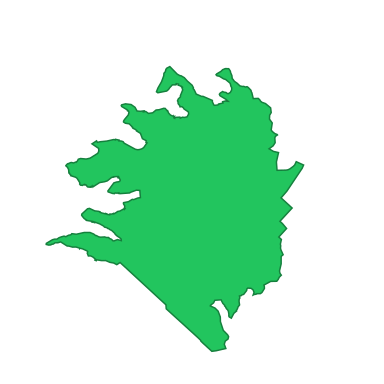 the district of North Sydney, New South Wales, Australia, rotated 123°
{"feature_id": "25037944B70017345976481", "entity_name": "North Sydney", "entity_type": "district", "adm_level": 2, "iso_a3": "AUS", "parent_name": "Australia", "parent_adm1": "New South Wales", "projection": "mercator", "projection_center": [151.213, -33.834], "detail": "fine", "context": "isolated", "style": "filled", "palette": "green", "viewbox_px": 384, "rotation_deg": 123, "n_neighbors": 0, "source": "geoboundaries", "source_scale": "gbopen_adm2", "svg_char_len": 6041}
<svg xmlns="http://www.w3.org/2000/svg" viewBox="0 0 384 384"><g transform="rotate(123 192 192)"><path d="M77.4,187.4L80.3,191.5L76.1,195.9L75.6,196.9L74.6,197.9L73.7,201.7L73.7,203.2L74.9,204.4L75.2,206.1L76.1,207.3L76.9,209.6L76.2,213.3L76.1,216.7L75.1,219.3L75.1,219.9L72.6,222.0L70.8,224.7L69.8,225.6L69.0,227.3L68.6,228.4L70.4,231.3L72.7,232.9L75.0,233.4L79.5,235.6L80.6,235.7L80.9,234.3L80.0,232.1L79.9,227.1L79.3,225.1L79.9,220.0L80.2,219.0L82.1,217.0L82.9,215.5L84.9,214.3L87.7,214.1L89.6,215.0L90.2,216.1L90.0,217.7L91.0,219.9L91.0,221.0L93.6,222.2L95.1,222.3L96.0,221.0L95.8,213.9L96.3,211.1L97.0,212.3L96.8,212.9L99.6,215.5L100.5,214.5L103.7,217.6L104.0,217.3L105.2,218.0L107.1,220.4L107.1,221.1L105.3,224.0L104.1,224.8L105.8,234.9L106.6,236.0L107.5,241.4L107.7,241.6L105.1,245.8L104.7,247.3L103.8,247.6L102.4,250.0L101.5,256.3L100.3,260.7L100.5,264.7L101.0,265.4L101.2,268.6L98.9,278.9L101.9,280.6L103.3,280.7L105.7,279.9L107.7,280.2L109.9,279.0L116.1,277.6L123.4,277.2L127.3,276.4L127.4,274.7L121.1,268.2L118.7,267.5L116.7,267.5L112.8,266.8L110.9,263.9L110.3,264.2L110.2,263.9L110.7,263.6L109.6,264.0L108.9,262.1L109.9,261.8L109.3,259.4L109.5,258.4L109.1,258.3L109.3,257.1L110.0,257.2L111.4,255.4L117.6,254.2L118.5,253.5L121.4,254.2L123.5,253.8L123.8,253.0L125.5,251.7L126.3,249.2L127.1,248.5L125.9,246.8L126.1,245.1L126.7,244.0L126.8,238.7L128.4,237.3L131.7,237.1L133.6,239.0L134.5,240.8L136.5,242.1L135.8,242.9L138.7,246.9L139.6,246.6L139.7,247.5L138.4,247.9L139.0,248.2L138.4,249.1L138.7,249.1L139.2,251.9L138.6,254.5L137.3,256.4L137.6,256.4L136.5,260.0L137.2,261.3L140.9,264.4L142.8,266.8L147.0,268.1L149.8,271.3L149.7,274.5L150.2,275.9L150.8,275.8L151.2,276.4L150.2,276.6L152.4,279.2L154.0,282.2L152.0,285.9L151.8,290.7L154.3,295.8L157.1,298.4L157.9,298.5L158.6,297.6L158.4,291.2L159.0,290.4L158.6,290.2L158.7,289.4L159.6,288.2L162.2,287.4L168.0,288.1L169.9,288.0L170.6,287.5L170.6,285.3L169.0,281.7L170.1,277.0L170.4,277.0L170.7,276.2L170.4,273.9L170.6,271.6L171.0,271.6L170.9,267.2L174.3,262.6L173.9,258.3L175.5,257.6L175.3,256.5L181.1,256.7L183.3,257.7L185.0,259.2L186.1,260.5L187.0,262.7L188.0,275.4L187.3,277.2L187.7,278.8L188.9,281.2L188.2,281.4L189.5,284.9L190.1,284.7L190.7,286.3L195.7,291.2L199.8,296.3L201.9,298.4L201.1,299.9L206.1,302.1L206.3,294.0L208.6,292.4L210.9,292.1L219.1,295.9L222.0,298.7L224.6,303.7L226.4,305.2L228.5,305.0L230.0,305.3L229.9,305.6L232.2,307.2L232.9,309.2L233.8,310.1L235.5,310.9L235.5,311.3L236.3,311.8L238.5,312.2L238.8,311.9L239.1,309.9L240.4,307.7L243.1,305.6L242.8,305.2L243.7,303.9L243.9,302.4L244.3,302.4L243.0,297.6L243.1,295.9L245.0,291.8L245.7,290.8L246.5,290.6L247.0,289.3L246.1,287.4L244.5,286.6L244.5,285.7L244.0,285.8L243.8,284.3L244.5,283.0L244.4,282.2L245.1,281.9L244.4,282.0L243.4,279.9L243.1,279.6L242.8,280.0L242.0,279.3L242.2,278.7L241.7,278.8L242.1,278.3L241.6,278.6L241.0,278.1L241.3,277.7L234.4,274.6L231.0,270.9L228.8,269.1L223.5,267.3L222.2,265.8L221.9,266.1L219.3,262.5L220.3,262.0L220.4,261.7L219.4,261.5L221.0,258.7L221.7,258.4L223.2,258.9L224.7,260.7L226.9,262.5L237.0,263.1L237.6,262.4L236.5,257.9L235.6,256.1L234.7,256.0L233.9,254.4L232.6,253.0L233.2,252.8L232.6,251.5L226.7,243.7L225.9,243.5L220.7,239.6L219.1,236.6L224.8,232.2L226.7,234.3L230.1,236.7L230.7,238.1L234.7,240.0L238.2,243.6L239.2,243.1L240.4,240.7L242.2,240.0L242.2,239.1L242.7,239.1L243.7,239.3L243.6,240.2L247.1,242.0L249.1,244.0L249.7,244.0L252.9,245.6L252.6,246.1L254.2,247.2L255.2,248.9L255.9,248.6L257.0,251.0L256.7,251.2L257.0,252.7L257.4,252.6L258.7,256.2L259.1,258.1L258.7,258.3L259.0,259.6L260.8,263.3L261.6,269.1L263.0,270.5L270.5,272.4L271.6,271.9L272.2,270.5L273.0,267.9L273.0,265.4L273.3,265.4L273.3,265.0L271.0,259.8L271.7,259.7L271.4,258.8L270.6,258.8L270.3,257.2L270.8,257.2L270.7,256.8L270.1,256.8L269.0,252.0L268.7,247.6L269.1,246.3L268.3,244.0L268.5,242.8L268.0,241.9L268.3,241.0L268.0,238.3L268.7,234.4L269.3,233.3L269.7,231.0L269.7,227.8L270.1,225.7L271.3,224.8L272.5,228.6L275.4,230.7L276.0,231.6L275.5,233.8L275.9,235.7L275.6,237.2L276.9,239.3L277.2,240.7L279.7,244.1L280.4,245.8L280.6,248.5L281.0,249.0L280.8,251.5L281.5,255.5L284.6,260.3L290.4,266.0L292.4,270.1L293.9,270.3L295.5,272.0L298.2,273.5L298.7,275.3L300.6,277.0L302.7,278.6L305.1,279.6L306.4,281.6L308.1,283.1L314.4,286.2L315.4,285.7L314.6,283.3L313.2,281.5L312.6,281.5L311.1,279.9L309.2,279.2L307.6,276.8L305.4,275.0L305.3,267.3L304.5,266.0L303.3,262.2L301.3,259.3L300.3,255.6L300.6,255.4L300.2,255.3L299.3,252.9L298.6,248.1L298.8,247.0L300.4,246.5L302.1,244.1L300.8,242.2L300.5,239.9L300.9,236.5L302.0,236.4L301.8,234.9L300.8,235.0L298.8,230.5L296.5,227.0L295.7,222.5L294.2,219.0L293.9,215.5L290.3,213.9L300.8,152.4L304.0,150.0L310.9,107.8L311.6,104.1L312.2,103.4L312.8,100.5L314.8,88.6L312.0,85.3L304.8,78.4L302.1,82.0L298.9,82.9L295.8,81.7L293.4,82.5L292.4,84.3L291.0,90.4L285.3,97.5L281.4,100.2L277.7,105.2L276.8,109.5L277.6,114.6L277.0,114.8L273.2,113.5L270.4,113.9L266.6,108.9L268.6,105.5L269.2,103.0L269.8,102.6L269.9,101.7L271.1,99.6L271.5,97.8L272.2,96.6L274.3,94.6L275.9,93.6L276.5,92.8L276.4,90.3L270.9,90.8L267.5,89.8L267.3,90.3L265.2,90.3L263.4,90.8L260.8,90.6L258.2,92.9L256.3,94.0L254.9,94.1L253.3,95.6L252.3,94.4L251.3,94.2L249.7,92.9L244.9,92.5L243.4,93.2L242.2,92.9L240.6,90.0L240.8,87.5L242.4,85.3L245.1,84.6L243.8,83.8L242.9,82.6L242.1,82.4L240.0,79.3L238.2,78.6L233.5,78.7L231.9,79.8L230.9,81.0L224.1,77.3L220.7,72.3L218.3,72.1L215.9,72.4L213.1,71.8L212.3,73.9L210.6,75.6L203.7,78.1L198.0,81.8L197.2,82.1L195.0,81.4L192.1,85.9L190.9,87.2L188.8,88.3L187.6,89.5L183.1,91.2L182.5,94.7L171.1,92.8L169.2,99.0L168.7,102.3L150.9,99.3L148.4,114.1L139.7,112.9L112.2,112.5L108.6,113.1L109.8,121.1L113.3,120.6L115.3,121.0L119.5,122.6L121.2,123.7L122.5,125.1L127.5,132.5L120.8,137.6L111.8,140.9L113.6,145.8L113.8,150.9L109.1,149.1L105.4,149.1L101.4,152.1L99.7,152.3L97.6,151.4L97.4,151.9L97.9,154.4L97.5,157.7L96.8,159.4L90.4,162.3L88.7,166.7L85.3,168.7L82.3,168.8L78.6,171.9L77.8,178.5L78.7,182.3L78.4,184.2L77.8,185.3L77.4,187.4Z" fill="#22c55e" stroke="#15803d" stroke-width="1.5"/></g></svg>